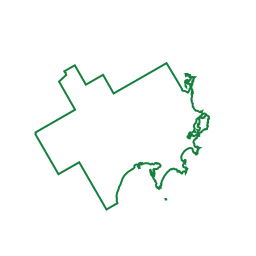 Streaky Bay, South Australia, Australia, rotated 240°
{"feature_id": "25037944B67387382130548", "entity_name": "Streaky Bay", "entity_type": "district", "adm_level": 2, "iso_a3": "AUS", "parent_name": "Australia", "parent_adm1": "South Australia", "projection": "albers", "projection_center": [134.306, -32.738], "detail": "fine", "context": "isolated", "style": "outline", "palette": "green", "viewbox_px": 256, "rotation_deg": 240, "n_neighbors": 0, "source": "geoboundaries", "source_scale": "gbopen_adm2", "svg_char_len": 5791}
<svg xmlns="http://www.w3.org/2000/svg" viewBox="0 0 256 256"><g transform="rotate(240 128 128)"><path d="M68.2,81.2L70.5,81.8L73.6,83.7L74.2,83.6L77.1,85.9L80.4,90.0L81.4,90.7L82.5,92.8L87.1,98.2L88.8,101.5L89.9,105.7L90.3,113.1L90.7,114.0L91.9,114.5L92.4,115.4L92.4,116.0L92.0,117.4L91.1,118.3L91.0,119.6L91.6,119.4L91.8,120.1L91.4,121.6L90.7,121.7L90.5,122.7L89.8,122.7L89.4,123.2L89.3,124.1L88.7,125.6L87.3,127.8L85.0,129.5L85.0,131.1L83.7,131.9L83.6,132.2L83.9,133.6L83.8,134.7L83.3,135.3L82.5,135.3L82.4,136.4L81.1,137.2L79.4,137.5L78.9,137.3L78.4,136.5L78.5,134.6L77.9,133.4L78.0,132.4L79.0,130.8L78.8,130.3L79.5,129.7L79.4,129.3L79.2,129.2L79.2,129.7L78.5,129.7L77.9,129.1L77.9,128.8L78.4,129.2L77.9,128.5L77.0,128.7L76.2,128.2L76.1,128.5L75.7,128.3L76.1,128.1L74.5,127.7L73.1,126.3L72.8,125.6L73.7,126.0L74.9,125.7L75.4,125.9L75.1,126.1L76.2,126.3L77.1,126.1L76.2,126.0L77.3,125.5L77.2,125.9L77.4,126.0L81.4,126.7L80.4,126.3L80.0,125.8L77.0,125.3L76.8,124.9L75.8,124.6L73.5,125.2L71.5,124.8L68.5,125.3L68.3,124.9L66.5,125.1L65.6,124.8L65.0,124.0L64.1,123.6L62.9,123.2L62.2,123.8L61.5,123.6L61.5,123.9L60.6,124.2L60.8,124.3L60.4,124.5L60.6,124.9L60.0,125.3L60.4,125.7L60.2,126.1L60.8,126.0L60.6,126.6L61.4,126.8L61.3,127.3L61.8,127.7L61.8,128.2L63.0,128.7L62.9,129.0L64.3,129.9L65.2,130.9L68.3,135.6L70.2,140.2L70.3,141.5L70.9,143.3L70.9,144.6L70.7,145.1L70.3,145.2L70.2,146.9L70.0,147.3L69.1,147.7L67.9,149.3L66.0,149.5L65.5,149.1L65.2,149.4L65.5,150.5L65.0,151.0L64.5,151.1L64.0,150.8L61.6,151.9L61.7,152.3L62.3,152.5L62.7,153.8L62.6,154.4L62.3,154.6L62.2,155.5L61.5,156.1L60.2,155.5L60.6,156.3L61.8,156.7L61.9,157.3L63.0,157.6L63.0,158.0L62.6,158.3L63.0,158.9L63.4,158.6L64.4,158.8L64.7,158.2L65.2,158.0L65.2,157.5L66.5,156.5L68.2,156.9L69.6,158.8L69.7,159.5L68.9,159.8L69.9,160.2L69.9,160.5L70.3,160.4L70.5,161.3L71.3,161.8L71.9,161.2L71.8,160.8L71.4,160.9L71.1,160.5L71.5,159.3L72.0,158.9L73.5,158.5L76.3,159.6L77.9,161.4L79.6,164.9L80.1,167.1L80.1,170.1L79.6,171.9L78.0,173.5L74.9,172.5L74.1,172.9L73.7,172.8L72.8,173.5L71.2,173.5L70.9,173.9L71.0,174.2L71.6,174.6L71.4,174.9L71.9,175.0L71.8,175.3L72.3,175.2L72.1,175.7L72.6,175.9L72.6,176.2L73.0,176.3L73.2,176.7L73.6,176.7L74.0,177.7L74.4,177.5L74.6,177.7L74.7,178.6L75.2,179.2L75.0,179.4L75.0,180.1L75.7,179.2L75.6,178.7L76.0,178.6L76.7,179.0L77.3,178.7L77.5,178.2L77.1,177.7L78.3,176.7L79.8,176.8L80.7,177.4L82.1,177.6L82.6,177.4L83.7,178.1L84.5,179.3L84.5,180.5L84.9,180.7L85.2,181.3L84.8,182.1L85.1,182.5L85.1,183.0L85.7,183.4L86.1,184.0L86.0,184.7L86.3,184.8L85.9,185.3L86.4,185.3L86.3,185.7L86.8,185.8L86.7,186.4L87.5,186.4L87.9,187.1L88.0,188.6L87.6,189.1L88.3,191.0L88.6,193.7L88.2,194.1L88.4,194.4L88.2,194.9L87.8,195.1L87.7,196.0L88.5,196.6L89.3,197.8L90.1,197.7L90.2,198.1L90.6,197.9L91.5,198.5L92.0,199.4L92.5,199.9L92.9,199.8L92.9,200.2L95.5,201.6L95.7,201.9L95.4,202.4L95.5,202.8L96.6,203.0L97.1,203.7L98.1,203.5L100.2,202.2L99.8,200.5L99.4,200.1L99.3,199.2L99.7,198.1L99.4,197.6L100.4,196.8L100.1,196.8L99.4,197.4L99.5,197.1L101.2,195.7L101.2,195.3L100.2,193.8L99.7,194.0L98.4,193.5L96.8,192.6L96.4,191.9L95.5,191.5L96.2,190.4L95.6,190.1L95.8,190.4L95.5,190.4L94.9,189.3L93.9,189.5L92.1,190.4L90.3,188.6L90.4,187.9L91.0,187.4L90.4,187.5L88.5,185.4L88.1,184.6L87.8,182.9L88.0,180.8L88.8,180.3L89.5,180.4L89.6,180.0L90.4,179.7L90.7,179.2L89.9,179.0L89.3,177.9L90.2,176.9L89.4,176.5L88.7,176.9L88.2,176.2L88.8,175.5L89.5,175.4L89.8,175.0L90.5,175.0L91.0,175.6L91.1,176.7L90.6,177.1L90.6,177.4L91.6,177.2L92.3,177.5L93.1,179.0L93.1,179.8L92.3,180.1L91.8,180.8L92.3,182.7L92.2,183.4L93.1,184.1L94.2,185.5L96.5,185.8L97.8,187.1L98.6,189.4L99.7,190.7L101.2,191.5L102.6,199.8L104.9,199.4L105.4,200.1L105.4,199.6L105.8,199.4L105.5,198.7L105.8,198.2L107.1,197.3L107.9,197.1L109.1,195.4L111.7,194.8L113.5,195.1L113.9,194.7L116.2,195.8L116.8,196.4L117.8,196.1L120.1,196.8L120.3,197.2L120.7,197.1L121.6,197.5L122.6,198.5L122.7,198.9L124.3,199.8L124.9,199.7L125.4,200.1L125.4,200.7L125.7,200.5L125.8,200.8L126.4,200.7L126.9,201.2L126.7,201.7L127.1,201.7L127.2,202.2L127.8,202.0L127.8,202.3L129.1,202.6L129.3,202.9L130.1,202.5L130.8,202.5L131.3,203.1L131.9,203.2L132.8,204.5L133.9,204.4L133.9,204.9L134.3,205.0L134.0,205.7L134.9,206.1L135.2,206.7L135.7,206.7L135.7,207.2L136.0,207.2L135.9,207.5L136.2,207.5L137.0,208.4L136.8,208.7L137.6,209.3L138.4,210.4L138.6,211.3L139.2,210.4L139.2,209.4L140.0,209.2L140.3,208.6L140.0,208.2L140.2,207.9L141.6,207.7L142.7,208.3L143.1,207.9L143.2,207.3L143.0,207.0L141.7,207.1L141.6,206.9L141.9,206.8L141.7,206.7L140.2,207.4L139.3,206.9L138.7,206.2L138.8,205.5L137.7,203.4L138.4,203.0L139.4,203.7L140.6,203.0L141.0,203.1L140.4,202.8L140.1,202.3L140.1,201.1L139.6,200.7L139.2,202.1L137.8,203.1L136.3,202.1L135.3,203.4L134.2,203.3L131.2,202.1L130.8,201.5L131.0,200.9L130.3,200.3L128.9,198.3L128.7,197.5L131.5,195.9L132.9,194.0L133.8,193.8L134.6,194.2L142.5,194.2L164.9,193.8L165.1,132.8L186.5,133.0L186.6,113.2L208.9,113.3L209.0,101.2L208.2,101.1L206.7,101.6L206.0,101.1L204.8,101.0L202.7,91.5L170.3,91.3L170.4,45.7L169.8,45.6L168.9,44.7L122.8,44.7L122.7,68.6L68.2,68.6L68.2,81.2ZM143.6,206.2L143.8,206.6L145.0,206.7L145.3,206.1L145.0,206.3L145.4,206.0L145.7,205.2L145.5,205.4L145.2,204.5L144.2,204.3L144.5,205.3L143.8,205.4L143.5,206.0L143.5,205.5L143.5,205.8L143.6,206.2ZM89.8,117.9L89.6,117.4L89.0,117.7L87.8,117.4L87.6,118.1L88.8,118.3L89.1,118.7L90.0,118.6L90.4,118.3L89.8,117.9ZM135.2,198.7L134.4,198.9L134.8,199.1L135.8,199.0L135.2,198.7ZM90.7,184.4L91.2,184.6L91.3,183.9L90.8,184.0L90.7,184.4ZM47.0,125.4L47.4,125.5L47.7,125.0L47.2,124.9L47.0,125.4ZM137.6,200.4L137.8,201.0L138.3,201.0L138.0,200.4L137.6,200.4ZM102.0,201.7L102.5,201.4L102.5,200.9L102.2,201.1L102.0,201.7ZM89.9,121.0L90.1,121.0L90.5,120.8L90.1,120.6L89.9,121.0Z" fill="none" stroke="#15803d" stroke-width="2"/></g></svg>